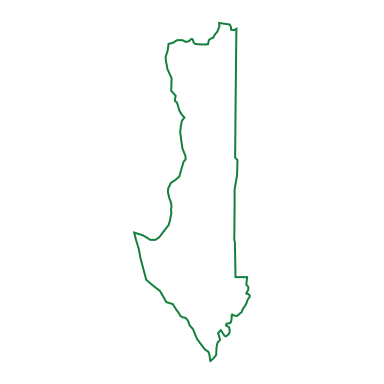 Lapai, Niger, Nigeria
{"feature_id": "59680162B14261849329471", "entity_name": "Lapai", "entity_type": "district", "adm_level": 2, "iso_a3": "NGA", "parent_name": "Nigeria", "parent_adm1": "Niger", "projection": "robinson", "projection_center": [6.661, 8.736], "detail": "fine", "context": "isolated", "style": "outline", "palette": "green", "viewbox_px": 384, "rotation_deg": 0, "n_neighbors": 0, "source": "geoboundaries", "source_scale": "gbopen_adm2", "svg_char_len": 2838}
<svg xmlns="http://www.w3.org/2000/svg" viewBox="0 0 384 384"><path d="M134.2,232.6L135.8,239.2L138.8,249.0L140.3,257.4L140.5,258.1L140.5,258.3L140.8,259.3L142.6,266.1L145.3,276.3L145.3,276.5L146.3,279.9L154.0,286.4L159.9,290.9L162.4,295.1L166.3,302.1L172.8,304.1L175.7,308.8L178.2,312.2L180.4,315.9L182.6,317.3L185.6,317.8L188.1,320.9L189.6,325.4L193.0,329.1L194.3,332.4L197.0,338.9L201.4,344.8L203.4,347.6L205.1,349.6L206.3,350.4L207.8,351.4L208.0,351.5L208.3,351.7L208.4,351.8L208.4,352.0L208.6,352.3L208.7,352.6L209.3,354.5L209.5,355.0L210.1,360.2L210.1,360.3L210.3,360.7L210.3,360.8L210.4,361.0L212.7,359.1L216.1,355.2L216.6,346.7L217.6,342.5L219.4,340.6L220.1,339.7L218.1,333.0L220.8,330.2L223.3,334.0L224.1,335.1L224.2,335.3L224.4,335.6L224.5,335.7L224.5,335.8L226.0,336.4L226.2,336.2L226.4,336.1L226.5,335.9L227.6,335.1L227.8,335.0L229.2,333.5L229.3,333.4L229.3,333.0L229.5,332.4L229.7,330.7L229.2,327.4L226.0,325.4L226.5,323.7L226.8,323.7L227.0,323.7L228.0,323.5L229.0,323.4L229.4,323.2L229.6,323.1L230.0,323.0L230.0,322.9L230.7,322.6L231.5,319.8L231.7,315.9L232.2,314.5L234.2,315.6L237.2,315.9L240.1,313.3L240.3,313.2L240.7,312.9L241.6,312.2L241.8,311.7L242.4,310.1L242.5,309.6L242.6,309.4L242.7,309.2L243.0,308.9L243.5,308.1L245.8,304.6L245.9,304.4L246.1,304.0L246.4,303.2L246.6,302.9L246.7,302.6L246.8,302.4L246.9,301.7L247.0,301.2L248.3,298.7L249.5,297.3L249.8,295.6L248.5,294.2L248.4,294.2L247.9,294.0L247.6,293.9L246.3,293.4L248.3,289.5L248.3,286.9L246.3,284.7L247.1,277.1L235.5,277.1L234.9,242.3L234.2,239.6L234.3,237.7L234.6,207.0L234.6,189.6L237.0,175.5L237.5,160.2L235.1,157.5L235.3,139.8L235.3,139.7L235.5,114.0L236.0,63.9L236.4,28.8L234.1,30.1L231.0,29.7L231.0,27.2L229.7,24.5L219.1,23.0L219.4,26.5L218.5,28.7L217.2,31.8L217.1,32.0L216.7,32.4L215.0,34.4L214.7,34.9L214.6,35.0L213.1,37.9L211.4,38.3L208.9,40.1L208.0,44.2L205.4,44.5L199.6,44.4L195.1,43.9L193.5,42.1L192.6,39.3L191.7,38.9L190.8,39.3L189.2,41.1L188.2,41.3L187.5,41.5L187.3,41.6L187.0,41.6L186.8,41.7L186.7,41.7L185.7,41.9L182.3,40.1L177.0,40.2L172.7,42.9L168.5,43.9L168.1,47.8L167.4,51.5L165.6,57.1L166.0,61.8L166.7,64.7L167.4,69.0L169.2,73.0L171.6,78.3L171.2,90.8L175.7,95.8L175.1,98.4L175.0,100.9L175.4,101.2L176.9,102.6L177.5,104.2L179.5,110.9L181.6,114.4L184.4,117.5L181.8,121.0L181.0,125.6L180.9,125.8L180.2,131.9L181.1,139.5L182.4,148.3L182.5,148.5L182.7,149.1L185.5,156.1L185.6,159.4L183.6,161.7L181.2,169.8L179.3,176.6L175.4,179.9L170.9,182.9L170.8,183.0L169.9,185.0L168.3,188.1L168.3,188.3L168.2,188.4L168.2,188.7L168.2,189.0L167.9,191.1L167.9,191.6L167.9,191.9L167.9,192.0L169.4,198.6L170.6,201.2L171.5,205.9L171.5,207.0L171.0,209.1L171.3,213.4L171.3,213.5L169.9,220.8L168.6,225.1L164.6,230.2L159.3,237.2L159.2,237.3L155.3,239.9L150.4,239.9L145.8,237.0L142.6,235.2L139.4,234.2L134.2,232.6Z" fill="none" stroke="#15803d" stroke-width="2"/></svg>